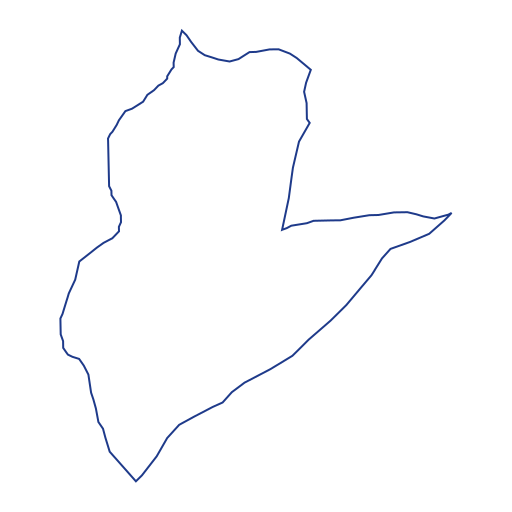 Bani Swayf, Bani Suwayf, Egypt (Albers equal-area conic projection)
{"feature_id": "37247803B61298803193986", "entity_name": "Bani Swayf", "entity_type": "district", "adm_level": 2, "iso_a3": "EGY", "parent_name": "Egypt", "parent_adm1": "Bani Suwayf", "projection": "albers", "projection_center": [31.094, 29.077], "detail": "fine", "context": "isolated", "style": "outline", "palette": "blue", "viewbox_px": 512, "rotation_deg": 0, "n_neighbors": 0, "source": "geoboundaries", "source_scale": "gbopen_adm2", "svg_char_len": 1892}
<svg xmlns="http://www.w3.org/2000/svg" viewBox="0 0 512 512"><path d="M451.6,212.9L448.3,214.7L446.3,215.2L434.4,218.5L423.2,216.4L416.4,214.3L407.4,212.2L394.0,212.4L378.4,215.0L369.4,215.2L353.8,217.7L340.4,220.3L331.5,220.4L313.6,220.8L306.9,223.2L291.3,225.7L286.8,228.1L283.5,229.3L282.8,229.5L282.1,229.8L288.8,198.1L291.5,177.9L292.5,170.7L292.9,167.8L299.0,141.6L309.7,122.9L306.9,119.0L306.6,103.1L304.1,91.8L306.1,82.7L310.8,69.8L296.7,58.0L289.9,53.6L278.6,49.3L269.6,49.4L256.2,51.9L249.5,52.1L243.2,56.1L238.5,59.1L229.6,61.5L218.3,59.5L211.6,57.3L204.8,55.2L198.0,50.8L191.1,41.9L186.5,35.2L181.9,30.7L179.8,37.6L179.9,44.3L175.7,53.5L173.6,62.6L173.7,67.1L171.5,69.4L167.2,76.3L167.2,78.6L163.8,82.2L163.3,82.7L162.8,83.2L158.4,85.6L154.0,90.2L147.4,94.8L143.1,101.7L132.0,108.7L125.4,111.1L118.9,120.3L116.7,124.9L112.4,131.8L110.2,134.1L109.1,136.3L108.0,138.6L108.1,140.9L108.3,149.9L108.5,159.0L108.7,168.1L108.9,177.1L109.1,186.2L111.4,190.7L111.5,195.2L114.0,198.9L116.1,201.9L118.5,208.7L120.9,215.4L120.9,217.7L121.0,222.2L118.9,226.8L118.9,227.1L118.9,227.4L119.0,231.3L116.8,233.6L112.4,238.2L103.5,242.9L96.9,247.6L88.1,254.6L79.3,261.5L75.2,279.7L70.9,288.9L68.8,293.4L67.5,297.8L66.7,300.3L64.6,307.1L62.5,314.0L60.4,318.5L60.7,334.4L63.1,341.1L63.2,347.9L66.3,352.4L67.9,354.6L72.4,356.8L79.1,358.9L83.8,365.6L88.0,373.8L88.2,374.2L88.4,374.6L91.1,392.7L93.4,399.5L95.9,408.5L98.4,422.0L103.0,428.7L105.4,437.7L109.7,451.7L135.9,481.3L141.9,475.4L156.7,456.3L167.2,438.0L179.2,424.8L194.2,416.6L212.8,406.9L222.6,402.5L231.8,392.2L244.6,382.6L245.2,382.3L245.8,382.0L270.3,369.2L292.4,355.8L297.9,350.4L308.7,339.6L330.5,320.7L346.5,304.9L346.6,304.7L346.8,304.5L361.6,286.9L371.5,275.2L374.5,270.5L374.6,270.4L374.6,270.2L382.0,258.4L390.5,248.9L409.9,242.0L429.2,233.8L444.3,220.5L448.1,216.6L451.6,212.9Z" fill="none" stroke="#1e3a8a" stroke-width="2"/></svg>